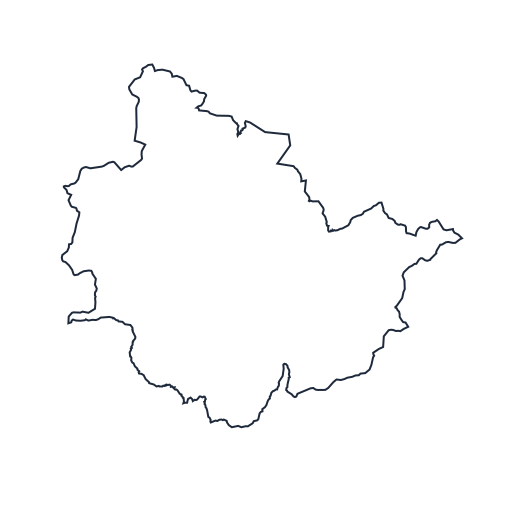 outline of Guamote, Chimborazo, Ecuador, rotated 189°
{"feature_id": "8360857B94409334599022", "entity_name": "Guamote", "entity_type": "district", "adm_level": 2, "iso_a3": "ECU", "parent_name": "Ecuador", "parent_adm1": "Chimborazo", "projection": "mercator", "projection_center": [-78.64, -2.048], "detail": "fine", "context": "isolated", "style": "outline", "palette": "slate", "viewbox_px": 512, "rotation_deg": 189, "n_neighbors": 0, "source": "geoboundaries", "source_scale": "gbopen_adm2", "svg_char_len": 6098}
<svg xmlns="http://www.w3.org/2000/svg" viewBox="0 0 512 512"><g transform="rotate(189 256 256)"><path d="M369.9,424.8L377.5,425.4L382.0,424.3L384.8,422.9L386.1,425.8L388.4,428.9L392.3,427.8L394.3,425.7L396.9,423.8L397.7,422.4L396.6,420.7L398.4,414.4L403.4,411.4L407.9,403.2L407.2,400.8L403.5,396.2L398.5,394.6L396.8,393.6L396.1,392.3L395.9,390.0L397.3,385.3L397.4,383.2L394.1,364.7L393.9,350.9L387.9,350.1L382.8,348.7L385.2,341.9L385.0,338.6L383.8,334.4L384.5,332.9L391.7,325.1L393.1,324.8L395.5,325.3L399.6,323.1L402.6,319.8L410.5,326.4L412.0,326.7L416.1,325.0L420.4,321.2L422.2,320.2L433.3,316.7L437.9,317.3L440.1,316.3L441.8,314.9L442.8,312.5L443.6,304.0L445.7,300.2L446.8,299.2L450.2,297.8L451.8,295.8L453.4,295.4L455.2,295.5L456.7,294.7L456.5,293.8L453.5,291.6L452.0,288.5L448.1,287.5L449.9,281.8L446.8,276.8L445.6,275.8L441.6,275.4L440.9,275.0L439.9,272.7L437.3,271.5L437.1,268.2L438.3,260.1L438.7,251.1L440.0,245.4L439.5,240.7L440.4,239.0L442.5,238.3L442.2,235.1L443.2,231.2L447.4,226.7L447.6,224.2L446.9,222.0L445.8,220.6L443.2,220.2L439.2,217.5L435.4,213.5L433.3,209.4L432.2,208.7L428.9,209.8L427.4,211.4L424.0,213.9L418.9,215.5L416.3,215.6L415.1,214.0L414.9,213.0L410.6,208.4L410.6,202.6L408.2,199.0L408.3,196.7L409.2,195.2L409.2,193.7L408.9,191.9L408.0,190.7L408.4,189.5L407.3,184.9L406.8,178.7L412.6,173.7L418.6,173.9L420.6,172.6L427.4,171.8L428.9,171.1L431.5,166.9L430.8,160.2L428.1,161.6L427.9,163.4L426.8,164.6L423.8,164.1L419.1,164.6L415.0,165.8L414.2,166.8L411.5,166.0L407.4,167.4L404.1,167.7L401.9,168.9L399.7,170.9L391.2,172.9L387.4,172.6L387.3,172.1L386.5,172.3L384.0,170.8L382.3,170.8L381.5,169.9L377.6,170.1L374.7,168.1L369.3,168.2L367.0,166.1L366.4,164.4L366.7,163.8L365.9,162.8L366.0,162.2L362.5,157.3L362.4,155.6L364.1,152.8L363.9,152.1L364.4,151.6L364.0,149.1L365.0,146.8L364.2,145.8L365.2,145.1L364.7,143.7L365.7,141.1L364.6,137.1L364.0,137.1L363.1,135.9L363.0,133.5L361.5,131.4L360.1,130.9L358.4,128.1L355.6,126.3L355.3,125.1L353.3,123.9L353.7,122.8L353.1,121.6L350.7,121.7L348.3,120.7L345.7,117.1L342.0,114.7L341.6,113.7L336.9,113.1L333.8,111.6L331.7,112.5L331.0,112.0L328.0,112.5L327.4,113.4L326.1,113.3L325.4,114.4L324.7,113.9L324.0,115.0L323.2,114.7L321.2,115.4L319.7,114.4L319.6,113.5L318.3,114.0L317.7,113.2L315.8,113.6L316.1,112.2L314.9,111.4L313.7,111.7L312.6,111.1L309.8,108.0L307.9,107.5L307.9,106.4L306.5,105.5L306.1,104.5L305.3,104.4L304.4,100.9L304.7,99.2L303.4,99.9L301.1,100.3L300.8,104.1L298.5,105.9L296.7,104.7L295.7,102.8L294.1,104.4L292.7,104.3L291.5,105.2L289.8,108.4L288.8,108.6L286.7,108.0L285.6,109.0L284.7,109.0L283.2,106.8L283.8,105.7L283.7,104.1L284.3,103.8L283.5,102.6L283.7,101.8L282.8,101.1L282.0,98.6L281.1,97.9L280.1,95.8L277.9,89.6L276.5,89.0L275.1,86.9L275.2,85.4L274.6,84.5L270.3,87.1L268.4,87.0L266.6,88.5L264.5,89.1L263.0,88.7L262.2,89.4L259.2,88.6L258.6,87.1L256.4,84.7L253.1,83.1L247.0,85.4L243.6,84.6L239.8,86.2L237.4,86.5L233.1,90.3L232.4,92.5L229.2,93.8L228.2,95.1L227.8,101.2L226.8,102.8L225.3,103.6L225.8,105.7L223.5,108.1L222.4,110.4L221.8,114.2L221.0,116.5L220.0,117.4L220.4,119.4L219.8,120.1L219.4,123.4L217.9,125.4L217.0,125.7L215.3,127.4L214.3,127.5L213.9,130.1L213.2,131.3L213.3,133.6L213.8,134.3L213.5,135.8L210.9,141.6L211.0,148.9L212.0,153.0L211.1,154.0L209.5,153.9L207.7,152.4L207.4,151.1L205.5,148.6L204.9,146.7L205.0,144.2L203.7,141.6L204.7,140.8L204.4,139.8L204.8,133.8L204.5,131.4L205.3,130.2L205.2,128.3L204.3,127.9L203.8,127.0L199.1,125.0L197.2,123.3L195.5,122.7L194.2,123.5L193.5,126.4L181.5,133.8L178.8,134.6L176.3,133.4L174.4,133.3L166.6,134.6L164.0,137.0L159.8,143.6L157.2,146.6L152.8,146.8L149.6,148.2L146.7,150.1L142.1,151.7L139.0,153.6L135.8,154.3L134.4,156.2L129.8,157.4L126.1,161.6L125.0,166.6L124.5,174.4L123.7,176.0L124.6,177.1L125.1,178.8L120.0,183.5L116.2,186.0L117.2,196.7L113.3,203.5L111.0,204.3L109.0,204.4L106.1,203.8L103.6,204.4L101.7,204.3L98.7,207.1L94.6,209.9L97.9,213.7L100.3,213.7L101.9,215.2L104.6,218.3L105.0,221.0L106.0,223.4L107.7,224.7L108.9,226.4L110.2,226.8L110.4,227.4L109.2,228.8L105.0,237.3L104.7,243.5L103.9,246.5L105.5,255.0L108.2,259.5L107.5,263.0L103.0,269.0L100.6,270.6L98.2,273.0L96.4,273.4L94.4,278.0L93.0,279.5L91.4,279.8L88.4,278.3L86.2,278.0L83.3,279.5L83.2,280.3L78.3,286.9L78.7,287.8L78.2,290.1L75.8,296.0L74.2,296.3L70.5,299.3L68.2,300.0L63.7,299.7L61.1,300.2L57.4,304.2L55.3,305.7L59.6,308.8L63.7,310.1L65.5,312.3L65.7,313.4L71.9,311.2L74.9,311.6L81.0,318.6L82.9,319.9L84.2,318.4L87.5,317.3L89.3,316.1L89.9,313.9L89.4,311.4L90.8,309.8L92.5,309.5L97.4,310.4L98.4,310.1L100.1,308.0L101.3,304.7L101.5,301.0L107.9,302.2L110.8,302.1L111.6,303.6L112.5,308.1L113.5,309.3L118.1,310.0L119.0,309.3L120.8,309.2L123.5,310.5L124.5,312.3L127.1,313.9L130.9,314.3L133.1,317.5L135.3,318.6L137.3,320.7L137.5,322.4L140.4,328.4L143.0,327.8L145.4,324.9L147.5,323.8L149.7,320.9L156.3,316.6L157.1,314.4L158.9,312.8L161.8,311.7L166.4,308.8L168.1,306.2L168.2,304.2L169.6,300.8L175.3,296.5L176.9,296.1L179.6,294.2L181.8,293.5L182.8,293.8L183.8,293.0L184.4,293.5L184.4,292.8L186.0,292.8L186.0,292.0L187.8,291.5L188.8,292.7L189.3,296.2L189.0,297.0L190.6,297.1L191.7,299.4L191.4,300.6L193.8,305.6L196.9,308.5L196.4,311.5L196.5,312.7L197.3,314.2L202.9,319.8L208.6,318.8L210.8,319.2L211.8,318.4L212.4,318.7L212.0,319.9L212.7,322.5L217.9,327.4L218.5,338.4L223.0,336.8L223.2,339.5L225.1,343.8L227.8,346.2L228.7,347.7L231.5,349.2L232.9,350.6L249.4,350.6L239.5,370.6L242.8,381.1L266.4,379.8L282.7,386.9L287.2,387.6L287.8,385.6L286.5,382.7L286.7,381.2L289.2,379.7L288.8,378.9L289.2,378.0L290.3,377.7L290.8,375.7L290.3,375.1L290.9,374.8L290.9,374.1L292.2,373.6L292.9,372.0L293.5,373.5L292.9,375.7L294.2,378.4L293.6,381.7L295.3,383.2L295.5,384.0L296.5,384.1L299.8,386.5L301.9,389.9L304.6,390.2L316.8,388.5L323.8,389.7L325.4,391.1L326.8,391.4L335.0,390.9L335.4,392.1L336.5,393.3L337.8,393.2L336.4,394.8L333.7,396.1L332.7,397.9L331.6,400.6L331.7,402.9L330.3,406.5L330.6,407.5L332.5,408.8L337.3,408.5L339.9,410.1L341.8,409.9L345.4,408.3L346.7,409.4L348.7,413.7L351.4,413.8L355.3,419.4L357.2,420.3L362.4,421.5L366.6,420.0L367.8,423.0L369.9,424.8Z" fill="none" stroke="#1e293b" stroke-width="2"/></g></svg>